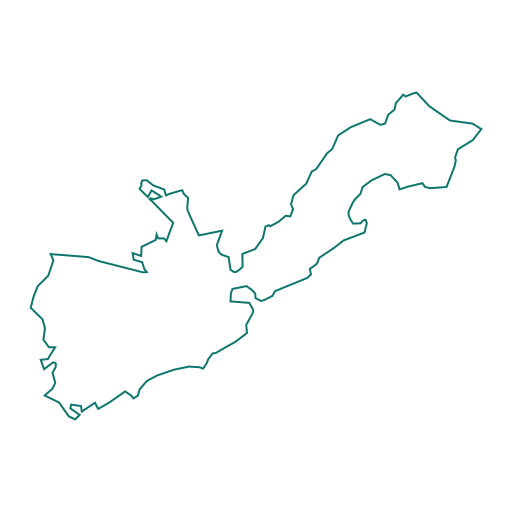 Charleston, South Carolina, United States of America
{"feature_id": "52423323B18388852349045", "entity_name": "Charleston", "entity_type": "district", "adm_level": 2, "iso_a3": "USA", "parent_name": "United States of America", "parent_adm1": "South Carolina", "projection": "robinson", "projection_center": [-79.938, 32.854], "detail": "fine", "context": "isolated", "style": "outline", "palette": "teal", "viewbox_px": 512, "rotation_deg": 0, "n_neighbors": 0, "source": "geoboundaries", "source_scale": "gbopen_adm2", "svg_char_len": 2571}
<svg xmlns="http://www.w3.org/2000/svg" viewBox="0 0 512 512"><path d="M50.7,254.1L53.4,260.4L48.3,275.6L37.6,286.3L33.6,296.6L30.7,307.8L42.4,319.2L45.0,328.1L43.4,339.7L48.9,347.2L55.1,347.3L47.8,359.1L40.7,359.8L44.1,369.2L52.9,362.5L55.1,362.8L55.8,363.7L55.7,367.1L52.5,372.8L55.3,382.8L52.5,388.6L44.7,395.5L59.0,402.5L68.9,416.4L75.2,419.4L79.6,414.9L70.3,408.3L71.2,404.6L81.0,406.0L81.8,411.5L94.9,402.8L98.2,408.9L108.3,403.1L109.5,402.4L125.1,391.4L129.8,394.6L130.9,395.3L133.5,398.4L137.9,395.6L139.6,389.4L146.8,381.0L157.1,375.5L173.9,369.7L189.1,366.6L199.3,367.2L203.0,368.6L206.4,363.8L208.2,359.3L212.7,353.3L215.3,353.2L235.3,341.8L247.0,333.0L246.2,325.0L252.6,313.3L253.3,310.1L249.3,302.9L241.9,302.3L230.5,301.4L230.7,297.4L230.9,293.1L232.5,288.9L246.6,286.1L249.3,288.1L252.5,290.5L255.2,293.7L255.3,294.4L255.5,298.1L260.9,300.9L264.0,300.2L272.4,295.9L275.1,291.1L307.3,277.9L311.0,274.4L310.3,271.4L309.8,268.9L316.2,264.4L317.5,262.5L319.2,257.8L334.3,247.7L343.5,240.5L364.5,232.5L366.8,223.2L365.7,220.0L364.9,219.7L362.3,221.1L360.7,223.3L353.1,223.6L350.4,219.5L348.6,215.0L348.6,211.4L352.8,202.6L354.9,199.4L360.4,193.9L362.6,187.1L371.4,180.4L384.8,174.0L390.7,175.2L397.6,182.8L399.6,189.4L408.1,186.6L422.4,183.2L425.0,186.9L429.9,188.2L446.5,187.0L454.3,167.2L455.8,160.4L455.1,157.3L457.9,149.3L472.4,140.3L472.7,140.2L481.3,129.1L472.5,123.6L449.9,120.5L429.3,106.2L416.6,92.6L413.4,93.3L405.6,96.5L403.2,94.7L395.9,103.1L394.4,109.6L388.3,114.7L385.0,123.6L380.3,124.8L370.2,119.2L350.6,127.3L338.1,135.4L332.3,148.9L327.0,153.4L316.1,169.2L311.7,171.6L306.3,183.6L293.6,195.1L291.0,204.3L293.1,209.0L290.3,216.4L285.7,215.8L278.5,221.8L270.1,226.3L268.9,225.2L265.5,226.5L262.9,238.2L255.2,249.0L242.3,254.0L242.6,266.8L239.0,270.1L235.9,272.1L234.0,272.0L230.5,269.8L228.6,257.1L221.6,254.7L218.6,251.7L216.8,245.3L222.1,230.7L208.7,233.4L205.5,234.1L198.8,235.4L196.7,230.8L194.5,225.8L194.4,225.6L190.4,216.8L189.4,214.5L187.6,210.4L187.2,208.3L188.1,197.9L184.0,194.1L182.2,190.2L170.1,193.6L166.0,195.4L164.2,189.5L153.1,185.3L146.6,180.2L142.2,180.5L141.2,183.5L141.5,185.3L139.6,188.9L142.5,191.8L147.9,197.1L151.5,190.4L161.3,196.6L153.9,199.3L150.8,198.4L150.6,198.8L150.3,198.5L149.7,199.3L151.8,201.0L165.0,214.5L169.3,218.9L170.9,220.5L173.2,222.7L169.4,232.9L166.4,241.3L163.9,238.4L158.1,238.4L156.6,234.5L155.6,240.0L141.6,246.8L141.1,255.9L132.7,253.1L133.7,259.7L142.2,262.2L144.3,269.0L146.8,272.0L143.3,272.4L98.5,261.0L92.2,258.5L88.6,257.1L50.7,254.1Z" fill="none" stroke="#0f766e" stroke-width="2"/></svg>